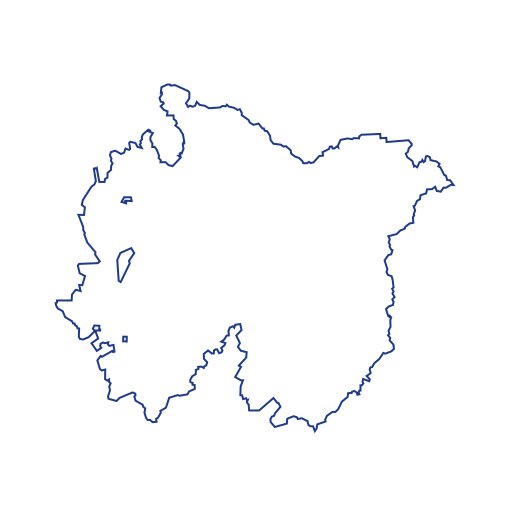 Central Highlands (Qld), Queensland, Australia (Albers equal-area conic projection), rotated 173°
{"feature_id": "25037944B88333903625107", "entity_name": "Central Highlands (Qld)", "entity_type": "district", "adm_level": 2, "iso_a3": "AUS", "parent_name": "Australia", "parent_adm1": "Queensland", "projection": "albers", "projection_center": [148.529, -24.063], "detail": "fine", "context": "isolated", "style": "outline", "palette": "blue", "viewbox_px": 512, "rotation_deg": 173, "n_neighbors": 0, "source": "geoboundaries", "source_scale": "gbopen_adm2", "svg_char_len": 6096}
<svg xmlns="http://www.w3.org/2000/svg" viewBox="0 0 512 512"><g transform="rotate(173 256 256)"><path d="M452.9,218.7L446.5,213.6L445.8,211.3L444.3,211.1L443.9,209.1L442.4,208.3L442.0,206.0L440.4,205.6L441.7,197.3L440.8,195.1L437.9,194.2L432.1,195.8L425.9,200.5L424.4,200.3L422.7,193.3L429.9,189.5L425.5,181.2L420.7,183.7L421.7,185.3L421.0,187.8L418.4,188.8L416.9,187.9L413.1,188.3L413.8,186.5L412.6,184.7L408.3,185.1L408.1,178.3L409.5,178.0L410.2,179.3L421.3,174.7L422.3,175.8L426.2,171.7L424.7,162.9L423.1,161.2L419.5,161.7L420.8,152.1L418.7,150.4L416.9,151.4L417.1,148.7L415.8,147.4L417.6,144.4L417.3,140.5L420.1,134.3L419.7,132.2L412.1,129.1L408.7,131.8L395.2,135.6L392.7,134.2L392.5,132.5L393.9,131.4L393.2,127.1L386.6,122.2L386.4,120.2L384.5,118.3L385.8,114.1L384.9,108.9L383.6,106.5L381.0,106.1L378.9,103.7L374.9,103.6L375.0,106.5L372.9,107.5L369.6,112.0L369.8,113.9L363.9,116.4L359.4,125.9L350.6,127.5L349.0,126.6L341.0,127.0L338.8,129.8L333.0,131.5L332.6,135.4L334.7,136.0L334.3,137.8L336.4,138.7L336.5,140.8L334.0,144.4L330.2,146.1L329.6,150.3L326.9,150.9L326.9,153.0L323.7,152.9L321.5,151.2L320.8,152.8L318.7,153.5L317.4,156.5L320.2,160.3L319.8,165.1L315.1,168.1L311.7,164.6L309.8,164.4L309.2,167.4L307.2,168.3L305.9,168.0L304.5,164.0L301.9,164.6L300.8,166.3L301.8,168.9L298.1,171.3L297.0,173.4L300.9,175.2L297.7,177.0L294.9,180.5L292.6,180.5L292.5,184.8L290.7,188.1L287.6,189.1L286.3,187.5L285.0,190.3L279.9,190.3L279.4,184.2L285.3,179.5L282.6,171.6L285.0,168.0L282.6,163.8L277.0,161.7L278.1,156.4L286.4,149.3L284.4,147.8L291.4,138.4L286.1,134.4L284.1,134.2L287.1,128.5L288.5,119.7L286.7,119.4L286.3,115.6L283.1,116.0L282.6,113.8L281.7,114.1L282.9,111.8L281.4,109.4L281.6,103.5L271.7,102.3L256.0,112.9L252.8,107.7L251.7,107.5L250.1,103.3L256.1,97.8L257.6,95.1L259.8,94.7L261.5,92.4L261.7,89.4L258.1,84.0L245.8,85.9L244.8,90.7L238.3,92.4L235.1,91.0L234.4,89.1L230.4,89.4L225.0,85.9L224.6,82.1L223.1,80.5L220.1,80.0L218.9,75.0L216.8,77.5L215.7,81.4L207.1,83.3L207.3,85.1L205.0,88.8L199.1,91.9L196.2,91.6L193.1,93.9L188.5,101.0L182.3,104.9L181.3,108.6L177.7,108.4L177.4,109.5L175.0,110.1L172.6,108.3L172.3,106.0L170.3,106.1L170.9,107.7L169.8,109.8L168.7,109.7L168.1,114.9L166.5,114.8L165.0,116.6L165.6,118.1L164.7,120.9L158.9,117.9L158.1,119.8L160.8,123.4L156.5,125.7L157.0,129.8L156.0,131.5L154.3,131.6L151.6,135.2L146.1,138.8L141.4,144.3L139.7,143.3L133.4,144.8L130.4,147.0L130.4,151.4L133.6,155.8L132.8,158.3L134.6,161.3L133.1,162.4L133.5,165.8L131.1,169.3L130.5,176.2L129.3,178.5L130.6,180.3L131.1,179.4L132.1,180.2L133.4,187.4L130.5,189.7L125.9,190.8L125.1,194.0L126.0,196.3L123.5,198.3L125.1,202.2L123.8,204.1L124.9,206.9L123.3,208.0L123.3,215.8L123.9,219.4L127.4,221.2L128.4,224.2L127.2,226.9L128.9,236.0L124.5,240.8L121.6,241.2L119.8,245.1L121.0,245.7L122.3,249.2L121.6,250.7L122.6,253.2L121.2,256.3L122.3,259.5L113.8,260.6L109.5,263.8L105.2,264.9L104.2,266.8L99.7,269.5L95.8,269.8L95.5,275.4L94.0,277.0L94.4,278.3L92.5,281.8L93.5,286.2L92.1,286.7L89.4,291.1L86.4,292.3L85.3,296.3L79.5,297.4L78.1,301.3L73.1,300.9L69.7,302.9L68.7,298.6L64.8,297.3L61.5,301.1L59.3,300.5L54.0,302.9L51.3,302.4L54.1,307.5L57.0,308.1L57.7,312.7L59.3,313.5L62.2,321.5L64.1,322.8L62.6,325.1L65.3,327.8L71.1,329.9L71.3,332.7L73.4,334.3L75.2,334.2L76.7,329.5L78.2,328.8L79.2,331.1L80.4,329.4L82.2,329.2L85.2,324.4L87.3,326.2L88.3,325.6L89.2,331.2L93.8,335.6L94.9,339.3L92.5,340.9L91.2,344.4L88.0,346.9L87.8,348.3L90.5,352.3L112.5,353.2L112.3,357.4L118.1,357.7L117.8,362.0L136.5,363.5L138.9,362.1L139.4,360.2L144.6,361.1L146.3,360.2L150.8,361.5L157.9,361.0L161.2,355.5L161.1,353.7L162.3,354.9L165.1,353.2L166.9,353.4L167.2,355.4L169.3,355.6L170.6,353.3L177.3,350.9L177.2,347.5L181.1,347.5L187.5,341.9L190.3,341.6L192.0,343.0L194.0,341.9L197.9,342.4L198.4,344.6L201.4,348.1L205.1,349.9L208.7,353.4L208.6,356.6L212.9,361.4L215.3,361.2L217.9,363.5L225.0,365.3L227.4,369.3L227.4,373.6L229.7,378.5L232.1,379.3L232.7,381.7L234.1,381.8L237.3,387.1L242.5,386.5L245.9,389.2L246.7,391.8L253.0,397.5L252.7,399.7L254.1,403.6L256.6,403.3L259.6,405.7L264.7,407.6L266.5,409.7L267.8,408.3L271.1,409.0L273.6,407.8L284.7,408.4L288.4,411.3L293.4,412.8L296.1,416.2L298.1,412.5L301.0,411.9L303.2,413.3L305.2,412.2L306.9,416.2L303.1,420.3L302.2,426.0L303.0,427.8L315.4,435.4L320.0,435.6L320.5,436.7L323.2,437.0L329.3,435.0L330.6,429.4L329.5,429.6L329.7,427.9L332.5,424.6L331.7,420.8L329.3,419.8L329.0,418.6L332.4,416.3L329.7,412.3L326.2,410.3L327.2,406.3L320.8,405.6L321.0,402.0L318.9,399.8L318.4,397.2L320.2,395.3L316.6,391.8L313.7,385.5L313.3,377.7L313.7,375.6L313.9,378.0L315.1,375.9L314.9,371.2L317.3,366.8L318.4,367.5L319.4,366.7L318.9,364.8L320.6,364.8L318.8,362.8L327.8,355.4L331.7,356.8L334.2,360.1L339.4,360.7L338.8,362.6L340.7,365.1L340.0,367.4L341.6,373.6L343.2,376.6L345.7,376.8L345.1,380.2L346.7,383.9L346.2,387.1L343.4,390.6L347.2,392.7L346.0,393.5L347.5,394.5L353.4,390.5L354.9,388.0L354.8,385.7L356.8,384.2L356.4,382.3L357.7,380.8L356.2,377.1L360.3,378.7L361.9,382.8L366.8,384.7L368.1,383.6L367.8,377.6L369.1,376.8L372.4,378.6L374.3,374.7L377.5,373.7L382.9,377.7L387.4,376.8L388.7,373.7L387.6,370.3L388.4,368.4L387.1,365.2L388.8,363.2L389.4,359.2L393.2,356.6L393.9,351.9L396.4,350.9L397.3,348.0L402.5,348.6L403.3,362.3L403.8,361.6L404.9,362.8L406.3,362.5L405.8,349.9L407.7,346.7L410.9,344.8L420.9,332.8L422.7,328.0L419.9,325.2L421.7,317.7L427.2,318.5L424.0,306.0L424.3,302.8L423.0,299.6L423.8,298.5L421.9,290.1L414.9,279.3L415.5,277.0L411.7,269.6L413.9,268.2L432.5,269.7L434.0,268.1L433.1,260.4L428.1,256.9L432.0,248.2L435.1,248.7L434.4,242.6L438.8,244.4L440.3,243.3L443.4,240.0L444.4,234.3L458.9,236.1L459.2,234.1L460.7,233.6L460.3,230.9L459.2,228.2L454.6,224.8L452.9,218.7ZM393.5,246.6L395.3,248.1L394.2,268.9L390.2,275.6L378.9,279.0L376.5,273.7L382.7,266.6L382.2,264.1L393.5,246.6ZM373.0,329.5L372.7,325.7L379.1,326.8L379.4,326.0L378.2,326.1L378.5,324.1L382.9,326.1L379.7,330.4L373.0,329.5ZM424.9,206.7L420.0,205.9L420.6,202.3L419.6,202.1L419.8,201.0L425.4,201.7L426.8,203.7L424.9,206.7ZM394.1,191.6L394.8,186.9L398.3,187.5L397.6,192.1L394.1,191.6Z" fill="none" stroke="#1e3a8a" stroke-width="2"/></g></svg>